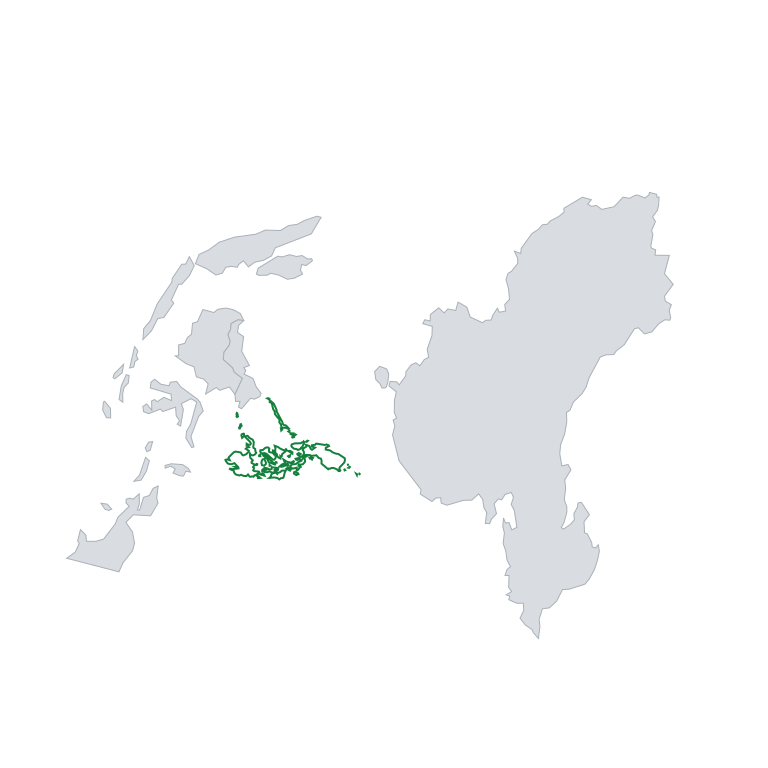 Philippines highlighted among its neighbors, rotated 109°
{"feature_id": "PHL", "entity_name": "Philippines", "entity_type": "country or territory", "adm_level": 0, "iso_a3": "PHL", "parent_name": "Asia", "parent_adm1": "", "projection": "albers", "projection_center": [122.681, 12.951], "detail": "fine", "context": "with_neighbors", "style": "outline", "palette": "green", "viewbox_px": 768, "rotation_deg": 109, "n_neighbors": 3, "source": "natural_earth", "source_scale": "50m", "svg_char_len": 12305}
<svg xmlns="http://www.w3.org/2000/svg" viewBox="0 0 768 768"><g transform="rotate(109 384 384)"><path d="M647.9,573.5L652.1,627.3L643.5,621.2L634.1,620.2L632.0,622.6L620.5,623.6L624.0,616.7L629.6,614.1L626.6,605.3L621.9,598.6L604.0,592.6L596.6,592.2L582.7,585.1L580.3,589.3L576.8,590.2L574.7,587.2L574.5,583.6L567.5,579.7L577.0,576.3L583.4,576.2L582.6,574.0L569.5,574.5L565.8,569.6L557.8,568.3L553.9,564.3L565.8,561.8L570.2,558.9L584.6,561.8L589.3,578.4L598.8,583.0L605.8,573.7L615.7,568.0L623.6,567.5L638.2,572.6L647.9,573.5ZM505.1,631.4L506.2,635.4L500.3,641.5L492.4,643.4L491.3,642.4L496.1,634.7L505.1,631.4ZM588.9,612.8L587.7,606.6L591.0,600.7L593.1,603.0L593.3,607.0L588.9,612.8ZM442.3,521.5L437.2,529.2L443.5,537.4L441.9,541.4L451.6,549.4L441.1,550.3L438.1,556.0L438.3,563.7L429.6,569.3L429.2,577.7L425.4,590.5L424.2,587.4L413.9,590.9L410.5,585.7L404.1,585.0L399.7,582.2L388.9,584.8L385.8,580.6L372.6,579.5L371.8,568.1L367.5,565.5L363.6,558.1L362.8,550.6L364.2,542.7L369.7,537.3L370.9,543.1L376.7,548.2L382.5,546.8L388.1,547.6L393.4,543.5L397.6,542.9L405.9,545.6L413.1,544.0L418.0,532.3L421.5,529.4L424.8,519.7L442.3,521.5ZM544.1,580.3L554.0,582.4L557.4,588.8L549.8,585.5L531.0,585.5L533.0,580.9L544.1,580.3ZM521.9,589.0L515.6,587.6L513.8,584.0L522.9,583.5L525.2,586.2L521.9,589.0ZM530.3,538.3L531.0,543.0L536.3,543.6L537.2,547.1L536.9,554.5L532.3,553.8L531.1,559.0L534.8,563.4L532.3,564.5L528.7,559.2L525.8,548.3L527.5,541.5L530.3,538.3ZM475.2,548.7L496.5,549.5L505.2,543.2L506.7,545.1L499.7,553.7L493.1,555.3L484.5,553.7L462.1,555.2L460.7,561.6L468.6,569.3L473.4,565.4L490.0,562.6L489.3,566.5L485.4,565.3L481.6,570.2L473.7,573.5L482.1,584.3L480.5,587.2L488.6,596.8L488.5,602.3L483.7,604.7L480.1,601.8L484.5,595.0L475.7,598.2L473.4,595.9L474.6,592.7L468.2,587.7L468.9,579.5L462.9,582.0L463.8,603.7L458.1,604.9L454.2,602.4L456.9,594.8L455.6,586.7L451.8,586.6L449.1,580.8L452.9,575.3L458.9,555.9L460.8,552.4L468.3,546.1L475.2,548.7ZM462.2,642.4L450.1,636.6L458.7,635.2L466.7,640.2L466.1,642.3L462.2,642.4ZM471.9,628.6L478.0,628.0L486.2,625.0L484.9,629.5L471.1,631.8L459.0,630.7L459.0,627.7L466.2,626.1L471.9,628.6ZM443.8,626.8L449.4,626.2L451.7,629.7L429.8,632.0L433.0,627.4L438.0,627.4L440.5,624.6L443.8,626.8ZM355.5,607.7L356.5,610.7L373.9,612.4L376.0,609.1L392.7,613.8L395.8,619.2L409.4,621.2L420.5,626.4L409.9,629.2L400.0,625.5L382.3,624.5L356.8,617.8L353.0,618.6L336.6,614.2L335.2,610.6L327.0,609.5L333.7,602.0L344.6,603.2L355.5,607.7ZM321.4,560.8L322.5,566.7L325.2,571.7L331.7,572.8L335.7,578.4L332.8,588.7L331.6,601.5L321.6,601.0L314.5,593.5L303.5,585.9L293.8,573.1L284.2,554.1L277.1,546.3L272.6,531.9L265.2,525.7L261.3,518.0L255.3,512.5L247.2,502.1L246.9,497.7L265.7,501.6L290.6,531.1L299.5,532.0L306.4,538.4L311.0,546.0L317.4,550.3L313.3,557.0L318.2,560.3L321.4,560.8Z" fill="#d9dde1" stroke="#a8b0b8" stroke-width="1"/><path d="M375.3,396.9L368.7,393.8L368.9,386.4L373.1,382.7L382.2,380.7L386.9,381.1L388.5,384.5L384.8,388.2L382.6,393.1L375.3,396.9ZM168.5,175.0L168.7,170.8L174.0,169.7L169.5,156.1L188.4,154.7L195.6,143.0L209.7,147.4L214.1,144.9L215.5,138.1L221.6,138.3L227.7,134.6L230.6,134.5L231.9,139.4L237.5,143.8L247.5,147.7L251.8,153.9L248.0,161.8L250.2,165.2L268.6,169.6L277.0,175.1L281.4,176.4L284.1,183.5L288.0,188.3L311.4,192.1L321.4,191.9L328.6,193.6L339.3,199.0L348.3,199.7L351.5,202.2L360.4,198.8L372.6,196.9L383.8,197.3L392.7,195.1L403.5,189.2L400.2,183.8L404.3,179.3L415.9,181.9L423.4,178.3L434.8,175.9L440.3,171.3L445.5,169.4L456.2,168.7L462.0,169.6L462.8,167.1L456.2,162.1L450.4,159.8L444.7,162.3L437.5,161.0L433.4,161.8L431.6,158.9L440.6,147.3L449.2,150.0L459.5,145.9L459.5,143.0L466.1,136.1L470.2,134.1L470.1,130.6L466.2,129.0L472.1,125.9L481.0,124.8L490.6,124.6L501.3,126.4L507.7,128.7L517.5,141.8L520.3,148.3L533.0,150.1L541.8,154.7L545.0,161.1L556.1,160.7L562.3,157.7L574.3,155.1L570.7,161.5L568.0,164.2L565.8,172.0L561.2,179.1L552.2,178.2L545.9,181.0L548.1,187.1L547.3,195.8L543.5,196.1L543.6,199.9L538.7,195.7L535.8,199.9L524.4,203.4L525.6,207.3L519.1,207.2L515.5,204.9L510.5,210.3L502.2,214.5L496.1,219.4L485.6,221.7L480.0,225.3L471.8,227.4L475.9,223.8L474.3,220.8L480.3,215.7L476.3,211.7L461.2,219.6L456.5,224.5L449.1,224.7L445.1,228.3L449.0,233.6L455.2,235.0L455.4,238.5L461.4,240.9L470.0,235.4L476.8,238.4L481.7,238.7L482.9,242.8L472.1,245.0L468.5,249.2L461.0,253.1L457.0,258.7L465.2,263.2L468.2,271.2L478.1,285.0L478.0,291.1L473.1,293.4L474.9,297.8L479.5,300.4L476.3,313.8L471.9,314.5L451.8,344.7L429.2,359.4L420.1,360.1L415.0,363.7L412.3,360.9L407.6,365.0L396.0,368.8L387.4,369.8L384.2,378.7L379.6,379.0L377.8,372.7L379.9,369.4L369.1,366.1L365.2,367.3L357.2,364.6L353.5,360.8L355.1,356.0L347.8,353.9L344.2,350.5L337.0,354.5L322.6,354.4L313.8,357.1L314.3,367.0L310.0,366.4L309.4,360.8L303.3,362.8L294.2,357.1L297.2,350.2L292.3,348.1L291.1,340.1L282.5,340.7L284.4,330.7L292.6,324.3L294.0,311.0L290.7,308.6L288.6,303.5L283.9,303.6L275.5,301.5L278.6,298.3L275.4,292.8L269.5,295.7L263.1,292.9L253.5,297.2L245.6,302.6L239.1,302.8L236.0,300.2L226.5,296.8L221.9,298.4L215.9,303.9L216.1,297.2L211.1,298.4L193.5,293.1L187.7,288.5L181.8,286.0L179.8,281.6L175.6,279.8L168.6,273.2L162.8,269.7L159.3,271.1L142.8,257.2L142.2,247.9L147.5,249.9L148.5,245.9L146.1,241.3L148.0,234.9L141.5,224.2L129.6,218.8L128.5,212.4L123.6,207.7L122.7,205.3L123.2,197.7L119.0,195.1L116.4,195.4L115.9,188.0L118.4,186.7L117.7,184.8L125.4,182.6L130.8,182.0L138.5,184.5L142.1,180.2L151.8,181.0L154.9,178.5L167.2,176.5L168.5,175.0Z" fill="#d9dde1" stroke="#a8b0b8" stroke-width="1"/><path d="M289.1,493.2L290.7,491.8L297.4,496.2L297.7,500.7L303.5,500.1L306.6,496.8L313.2,503.4L316.4,509.4L315.3,519.1L316.2,527.2L319.1,529.8L322.0,537.6L321.6,540.5L315.3,540.6L297.7,526.0L297.0,521.6L292.5,515.4L291.9,508.2L289.2,503.2L290.7,497.0L289.1,493.2ZM442.3,521.5L424.8,519.7L421.5,529.4L418.0,532.3L413.1,544.0L405.9,545.6L397.6,542.9L393.4,543.5L388.1,547.6L382.5,546.8L376.7,548.2L370.9,543.1L369.7,537.3L376.0,540.6L382.9,539.3L385.0,532.1L399.4,529.2L410.3,517.3L414.2,521.9L416.1,519.1L420.2,519.5L421.4,509.7L428.3,503.9L432.8,497.2L436.3,497.3L440.6,501.7L440.9,505.5L453.8,510.7L453.1,514.1L447.3,514.5L448.8,518.7L442.3,521.5Z" fill="#d9dde1" stroke="#a8b0b8" stroke-width="1"/><path d="M471.2,396.0L477.3,398.8L478.9,398.6L479.8,397.2L480.7,397.4L481.1,398.6L480.0,400.8L479.8,404.3L480.5,406.3L481.7,407.4L481.9,408.6L482.8,409.0L479.6,417.2L476.7,418.1L475.1,419.4L475.2,421.7L473.4,424.7L475.9,429.8L475.3,430.3L475.4,431.1L476.5,434.8L477.7,436.0L480.2,436.8L480.9,436.3L480.1,434.9L482.6,433.4L483.7,433.5L486.3,434.6L487.4,436.6L487.7,438.4L488.8,438.4L489.3,437.6L489.0,436.4L489.5,435.7L490.5,436.5L493.7,437.6L494.0,438.0L493.6,438.6L491.5,439.3L493.7,442.6L493.5,444.0L496.5,444.6L495.8,448.7L494.3,447.6L494.8,445.6L492.1,445.7L489.5,444.6L489.3,443.1L488.2,441.1L485.7,439.6L483.4,437.0L482.4,437.2L482.7,439.2L484.1,441.5L484.1,442.7L483.5,443.3L481.6,440.4L479.1,438.1L476.6,436.8L474.3,437.6L472.9,439.3L470.8,439.0L468.7,437.2L467.8,437.0L467.0,437.9L466.9,434.5L469.4,431.9L469.6,430.6L466.6,428.5L466.6,431.9L465.4,432.2L463.8,429.2L462.4,428.7L460.9,420.1L459.9,418.6L460.0,416.4L460.5,415.8L463.2,418.3L464.9,417.8L464.4,413.1L465.3,410.4L465.5,406.7L465.0,404.5L467.0,396.9L468.8,396.1L471.2,396.0ZM512.6,476.8L514.2,477.2L514.2,478.5L515.2,480.0L515.3,480.9L513.8,483.1L515.8,484.1L516.6,486.5L516.4,489.7L517.6,491.0L517.8,494.8L516.6,496.8L514.5,498.2L514.9,499.3L514.5,502.9L513.2,498.3L511.2,494.1L510.1,494.7L507.5,499.7L509.3,501.7L510.0,503.7L510.0,505.9L508.2,508.6L507.3,509.2L506.4,507.8L506.2,505.1L504.6,506.9L503.6,506.8L497.4,503.8L496.2,502.3L495.4,497.2L497.2,494.8L497.3,493.7L495.2,491.4L492.6,490.1L491.1,490.1L490.3,493.6L488.4,492.6L487.7,491.1L486.8,492.4L485.6,492.6L485.1,490.9L483.6,490.5L482.4,491.6L479.5,497.6L478.0,497.4L477.5,496.5L477.6,495.4L478.7,494.0L479.4,490.1L480.4,489.0L481.6,488.1L486.1,487.1L486.9,486.6L487.3,484.7L489.8,483.5L490.6,482.4L492.7,483.1L494.2,484.7L494.4,486.8L493.4,488.0L493.8,488.0L497.2,486.5L498.9,483.2L500.8,483.9L501.7,483.5L502.2,480.8L502.9,480.0L505.2,480.8L505.8,479.5L508.3,479.5L508.6,478.4L507.5,473.8L508.0,473.1L511.5,475.2L512.6,476.8ZM488.0,479.2L486.9,479.3L485.8,477.0L483.2,475.6L481.9,473.8L481.8,472.6L482.4,471.4L484.4,471.2L485.7,470.3L485.3,466.7L486.5,465.0L486.7,463.4L489.1,462.4L491.2,463.0L491.7,464.3L488.3,472.3L488.2,474.5L489.6,477.4L488.0,479.2ZM505.8,449.0L506.5,450.7L508.3,451.9L507.6,454.0L508.0,457.1L509.0,459.4L508.7,460.2L509.8,460.8L510.1,461.8L509.2,461.1L505.8,461.0L504.1,459.3L503.1,457.4L503.8,455.6L502.8,455.5L501.0,453.4L499.1,452.3L497.8,448.7L500.1,449.0L505.0,448.6L505.8,449.0ZM478.7,454.6L483.6,457.5L485.5,457.2L486.3,457.8L486.0,458.5L488.2,457.7L487.9,459.9L487.0,461.4L485.2,462.5L484.9,463.9L482.8,465.1L480.1,465.7L478.0,467.2L478.1,463.5L478.8,461.5L479.3,456.8L479.0,456.1L477.5,455.5L477.7,454.9L478.7,454.6ZM444.0,480.5L437.3,484.8L438.5,481.8L443.2,477.3L445.1,476.4L453.0,467.8L454.7,466.7L455.5,464.9L455.1,463.5L455.5,462.4L457.2,459.2L457.6,459.5L457.4,462.6L458.7,466.6L456.0,468.1L454.4,470.4L450.9,471.6L450.8,472.9L447.9,477.3L445.3,478.6L444.0,480.5ZM465.0,440.4L469.9,440.7L471.1,441.6L471.7,441.1L474.4,443.8L474.0,445.5L474.5,448.1L473.3,451.0L472.0,451.7L471.0,451.4L469.3,449.2L467.1,443.4L465.9,442.6L465.4,441.4L464.5,441.3L465.0,440.4ZM498.1,457.7L500.8,459.6L502.3,458.8L503.2,459.0L504.1,460.4L504.0,464.2L505.3,465.4L506.2,468.3L505.2,468.6L505.1,469.3L503.8,467.8L504.2,470.7L502.1,469.6L501.7,467.2L502.1,464.2L501.0,462.6L499.2,463.0L498.1,457.7ZM491.1,474.7L489.7,476.1L489.6,475.5L490.2,471.4L492.9,466.9L495.7,460.0L495.4,467.6L492.9,470.0L491.1,474.7ZM500.5,472.9L498.5,474.3L496.5,474.5L494.9,474.3L493.9,472.7L496.9,469.9L498.3,469.7L500.3,470.8L500.5,472.9ZM491.6,449.8L494.5,452.2L495.7,453.9L495.7,455.8L493.0,454.1L493.1,453.6L490.9,451.8L488.2,454.3L489.1,450.2L488.9,448.6L491.6,449.8ZM498.7,437.3L498.0,440.0L496.7,440.3L495.6,439.1L496.3,438.0L496.3,436.4L497.1,435.5L498.7,437.3ZM479.1,502.1L477.9,502.2L476.6,500.5L476.8,500.1L478.8,499.4L481.1,500.6L479.1,502.1ZM462.4,452.1L463.4,451.7L464.4,452.9L464.2,453.5L461.6,453.5L460.4,451.8L460.6,450.9L462.4,452.1ZM477.3,440.0L479.4,440.9L479.5,441.8L478.5,443.2L477.0,442.1L477.3,440.0ZM469.9,505.0L471.5,505.8L473.0,505.8L473.2,506.3L472.2,506.9L471.5,506.3L469.0,506.7L468.5,506.2L469.9,505.0ZM509.8,471.7L508.1,469.9L508.4,468.3L509.6,467.1L509.8,471.7ZM479.6,448.0L478.5,452.7L477.8,450.8L478.4,448.4L479.6,448.0ZM463.1,512.2L462.5,512.9L461.9,512.5L460.5,513.7L459.3,513.7L459.4,513.2L462.3,511.5L463.1,512.2ZM478.8,427.5L478.2,428.4L478.7,429.6L477.9,430.5L477.1,427.2L478.8,427.5ZM483.9,467.0L483.0,467.4L482.9,465.8L484.3,464.6L484.6,465.4L483.9,467.0ZM461.8,456.1L461.0,456.2L460.3,453.9L461.8,454.3L461.8,456.1ZM500.5,458.0L499.4,458.1L498.4,456.5L499.7,456.3L500.5,458.0ZM484.1,450.0L483.5,451.2L482.0,449.7L483.5,449.4L484.1,450.0ZM513.0,472.9L512.4,472.3L513.1,470.4L514.0,472.6L513.0,472.9ZM487.2,444.0L490.0,447.5L486.4,444.4L486.5,444.0L487.2,444.0ZM461.4,466.0L459.6,467.0L459.4,466.1L460.1,465.4L461.4,466.0ZM492.5,477.4L492.9,478.6L492.2,478.9L491.1,478.1L492.5,477.4ZM492.1,447.8L493.4,450.5L491.8,448.1L492.1,447.8ZM436.0,487.4L435.6,489.6L435.1,488.9L435.3,487.5L436.0,487.4ZM502.4,478.5L502.1,479.0L501.1,478.6L501.0,477.8L501.7,477.6L502.4,478.5ZM510.9,495.9L510.8,497.8L510.1,496.4L510.3,495.4L510.9,495.9ZM463.9,438.3L463.9,438.9L462.5,438.0L462.5,437.5L463.9,438.3ZM505.9,470.0L506.4,471.6L505.1,469.6L505.9,470.0ZM478.5,393.1L477.1,394.1L478.1,392.6L478.5,393.1ZM478.1,434.2L479.9,436.2L478.1,434.9L478.1,434.2ZM474.6,389.6L474.7,390.4L473.4,389.6L473.6,389.2L474.6,389.6ZM460.3,457.7L460.0,459.0L459.2,458.5L459.1,458.1L460.3,457.7ZM485.4,493.4L486.4,494.0L485.2,494.4L485.4,493.4ZM502.6,457.1L502.4,457.6L502.0,457.2L501.5,456.1L502.6,457.1ZM493.3,459.9L493.8,461.0L493.1,461.0L492.9,460.2L493.3,459.9ZM438.4,486.1L437.9,486.3L437.8,485.3L438.4,485.5L438.4,486.1ZM512.3,474.4L511.8,474.2L512.2,473.0L512.4,473.7L512.3,474.4ZM472.1,391.1L472.4,392.6L471.9,391.8L472.1,391.1ZM478.9,380.0L477.9,381.0L478.1,380.1L478.9,380.0ZM477.4,376.8L477.2,378.0L476.9,378.0L477.4,376.8ZM498.6,465.5L497.8,465.8L498.2,464.9L498.6,465.5ZM480.8,448.5L480.6,449.3L480.8,448.5L480.8,448.5Z" fill="none" stroke="#15803d" stroke-width="2"/></g></svg>